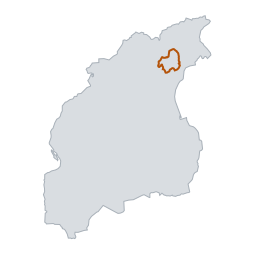 Zanjan highlighted on a map of Iran, rotated 86°
{"feature_id": "IRN-3234", "entity_name": "Zanjan", "entity_type": "Province", "adm_level": 1, "iso_a3": "IRN", "parent_name": "Iran", "parent_adm1": "", "projection": "orthographic", "projection_center": [48.438, 36.394], "detail": "fine", "context": "in_parent", "style": "outline", "palette": "amber", "viewbox_px": 256, "rotation_deg": 86, "n_neighbors": 0, "source": "natural_earth", "source_scale": "10m", "svg_char_len": 4550}
<svg xmlns="http://www.w3.org/2000/svg" viewBox="0 0 256 256"><g transform="rotate(86 128 128)"><path d="M121.7,68.9L124.5,68.8L129.6,66.7L130.0,66.3L131.4,62.6L133.0,60.9L136.0,58.8L137.9,58.0L144.9,57.7L145.3,56.2L146.5,55.4L154.1,55.1L155.3,56.1L156.0,58.1L162.5,59.3L163.8,59.8L165.5,61.2L166.8,61.4L168.4,60.6L169.5,61.0L171.1,60.4L176.2,62.0L177.1,64.2L178.1,65.2L179.3,66.0L183.5,67.3L184.7,68.2L188.1,72.0L196.0,70.9L196.6,71.7L196.7,73.5L197.8,77.7L197.4,79.4L198.6,80.7L198.8,83.4L199.5,85.2L198.9,87.9L198.0,88.5L198.8,90.7L198.3,93.0L198.5,93.9L197.5,95.9L197.5,96.6L195.4,98.7L197.4,101.0L194.8,101.5L193.5,104.4L194.3,107.6L194.1,109.3L194.5,110.2L195.2,110.8L198.8,111.0L198.9,111.4L195.7,116.6L196.1,118.4L199.9,127.6L200.0,132.4L200.9,137.3L210.1,137.5L211.3,138.6L212.3,141.2L212.5,143.3L212.3,144.3L203.5,158.2L209.4,163.7L209.7,165.0L213.6,170.6L216.9,173.3L222.2,174.2L224.8,176.2L226.9,175.7L227.1,178.8L228.6,185.1L228.3,188.1L230.2,188.5L232.9,187.6L234.0,188.0L234.6,189.0L234.0,189.7L234.4,192.2L233.8,192.8L233.7,195.2L229.6,196.0L225.8,197.6L224.5,198.7L223.8,200.5L222.5,200.5L222.2,201.2L219.5,202.8L219.0,207.8L218.1,209.1L218.0,216.1L217.3,216.3L216.1,217.6L207.3,216.5L206.3,215.0L205.4,214.8L204.3,216.5L199.9,216.1L198.5,216.6L197.5,216.2L195.2,216.5L193.3,215.7L188.6,217.0L185.7,215.6L182.6,215.5L178.8,215.9L175.6,214.9L174.0,215.5L173.3,214.7L168.6,214.3L166.9,211.3L166.8,209.8L165.5,207.2L164.8,203.3L163.6,200.5L161.5,198.3L156.2,197.4L153.6,198.3L151.6,199.8L148.3,200.9L145.9,203.7L144.4,203.6L138.4,207.6L137.1,207.6L132.4,205.5L130.4,205.2L126.2,205.5L123.9,204.0L123.2,202.9L117.7,200.6L114.3,198.5L113.2,196.3L111.7,194.8L108.4,193.7L106.5,192.4L101.4,192.0L97.8,188.7L97.8,187.6L95.6,183.9L95.2,181.2L94.7,180.5L92.9,179.4L92.7,178.7L93.0,176.9L90.7,175.9L90.4,175.1L90.3,172.4L84.8,166.1L83.7,162.5L82.7,162.4L77.9,164.8L76.5,163.5L72.3,161.3L71.7,160.4L72.8,160.0L73.8,160.4L74.5,159.9L74.2,159.1L73.2,158.7L71.7,158.7L72.1,159.4L70.8,160.1L70.5,161.0L70.8,163.7L70.3,164.4L68.0,164.9L66.7,165.7L65.4,164.8L65.0,162.8L64.2,161.6L63.1,161.1L62.2,159.9L60.7,159.2L60.7,152.5L57.0,152.3L57.1,147.2L58.8,142.1L55.3,137.5L53.8,134.0L52.9,133.3L51.1,133.4L45.1,128.5L43.1,127.3L40.2,126.8L39.9,125.2L40.7,123.3L39.3,120.9L38.9,120.2L37.8,119.9L37.9,118.4L36.4,118.4L33.6,114.2L32.8,113.5L34.5,110.4L33.4,107.8L34.2,105.7L35.6,105.8L36.1,102.9L38.8,100.0L41.1,98.8L41.3,97.9L40.9,96.3L39.5,94.3L39.8,92.6L40.2,91.7L42.6,90.9L42.7,90.5L41.6,89.9L37.5,89.7L35.4,87.7L33.3,87.1L32.2,82.7L31.8,82.1L30.8,81.9L30.3,81.1L30.0,78.2L28.6,76.8L27.6,72.4L27.6,71.4L28.0,70.4L25.8,68.5L25.6,65.6L26.1,64.9L23.6,62.7L22.5,62.6L22.4,62.2L24.3,57.8L25.0,56.8L23.5,56.1L23.6,53.9L23.3,52.0L23.5,50.3L22.6,48.9L22.3,48.2L22.8,46.2L21.8,45.2L21.4,43.2L25.0,42.7L25.8,39.6L27.2,38.4L29.4,40.0L32.4,45.2L34.3,46.7L35.7,48.5L42.6,50.5L44.1,49.9L46.5,50.1L49.5,47.0L50.9,46.6L54.5,43.5L58.8,40.6L61.0,40.2L64.3,43.9L62.4,45.0L62.1,45.9L62.3,46.8L63.8,47.8L64.0,48.8L63.5,49.3L61.5,49.9L61.0,50.9L63.1,52.6L64.1,54.0L65.2,54.4L67.0,56.6L69.8,56.3L70.4,61.8L72.0,66.2L75.0,68.1L82.8,69.5L83.7,70.3L85.0,72.8L87.1,74.5L93.2,77.8L99.9,79.3L104.4,79.0L120.5,74.3L122.0,74.2L119.6,75.3L120.5,75.7L122.6,75.6L123.1,75.2L123.1,74.5L121.7,68.9ZM154.5,201.1L153.6,202.7L152.0,204.1L150.8,203.8L146.0,206.1L144.7,206.0L144.5,205.5L149.8,202.9L150.0,202.3L149.6,201.1L151.3,201.5L153.2,200.4L154.8,200.0L155.6,200.6L154.5,201.1Z" fill="#d9dde1" stroke="#a8b0b8" stroke-width="1"/><path d="M70.0,72.3L71.6,73.2L72.7,74.4L73.2,75.2L73.8,77.3L73.0,77.6L71.8,78.3L71.4,79.3L71.6,80.1L72.2,80.8L72.5,81.7L72.9,82.2L73.4,82.4L73.7,82.5L73.9,82.6L74.1,82.8L74.4,82.9L74.6,83.3L74.8,83.9L75.1,84.5L75.4,85.0L75.5,86.4L75.3,86.7L73.4,87.2L72.3,87.9L71.7,88.6L71.7,89.1L70.7,88.8L70.0,88.8L69.1,89.0L68.5,89.5L68.1,89.5L67.7,89.6L67.3,89.6L67.1,89.8L67.2,90.2L68.5,91.4L69.3,92.5L69.3,92.8L68.9,93.3L68.1,93.6L67.2,93.3L66.3,92.8L64.0,92.8L63.6,92.5L63.2,91.8L63.1,91.5L62.9,91.2L62.7,91.0L59.8,89.2L59.7,88.9L59.9,88.4L60.3,88.0L60.5,87.1L60.5,85.7L60.3,85.0L60.2,85.0L60.1,84.9L60.2,84.7L60.1,84.3L60.2,84.2L60.3,84.1L60.2,83.9L60.0,83.7L60.0,83.4L59.9,83.2L59.5,82.6L54.2,81.5L53.9,81.2L52.6,78.0L52.5,77.5L52.5,76.9L52.7,76.5L54.3,74.9L54.7,74.2L55.0,74.0L55.7,73.7L56.3,73.1L56.7,72.9L57.0,72.7L60.3,72.3L61.2,72.5L61.9,72.4L64.4,72.7L65.1,72.4L65.5,72.1L65.9,71.9L66.3,72.1L67.1,72.9L67.4,72.8L67.6,72.6L67.6,72.4L67.7,72.1L67.9,72.1L68.2,72.2L68.6,72.3L69.0,72.0L69.3,71.9L70.0,72.3Z" fill="none" stroke="#b45309" stroke-width="2"/></g></svg>